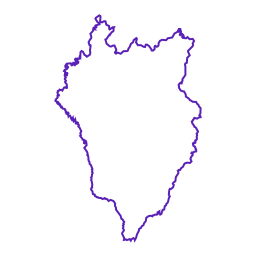 outline of João Pinheiro, Minas Gerais, Brazil
{"feature_id": "56859067B28201931947833", "entity_name": "João Pinheiro", "entity_type": "district", "adm_level": 2, "iso_a3": "BRA", "parent_name": "Brazil", "parent_adm1": "Minas Gerais", "projection": "equal_earth", "projection_center": [-45.971, -17.645], "detail": "fine", "context": "isolated", "style": "outline", "palette": "violet", "viewbox_px": 256, "rotation_deg": 0, "n_neighbors": 0, "source": "geoboundaries", "source_scale": "gbopen_adm2", "svg_char_len": 5669}
<svg xmlns="http://www.w3.org/2000/svg" viewBox="0 0 256 256"><path d="M99.3,15.4L95.9,17.8L95.4,18.8L97.7,22.3L99.6,23.5L99.6,24.3L95.7,25.4L95.3,25.9L96.4,26.7L96.4,27.3L95.7,27.8L93.6,27.7L93.4,28.1L94.7,29.4L93.2,29.3L92.9,31.0L90.4,33.8L91.3,36.7L91.2,38.1L89.7,40.1L88.6,42.4L89.5,45.1L90.5,45.2L90.6,45.7L90.0,50.2L90.3,53.2L89.8,54.7L86.8,56.7L85.4,55.2L84.5,54.9L83.0,51.8L81.5,51.0L80.5,52.2L80.3,57.7L79.7,57.1L79.5,58.6L79.0,58.9L76.4,58.7L76.8,59.9L78.4,61.9L78.1,62.9L76.6,62.8L76.6,62.3L77.5,61.8L77.2,61.2L76.7,61.2L75.9,62.7L76.5,64.0L75.4,64.4L74.8,65.2L74.0,64.4L74.0,62.8L73.2,62.8L73.0,64.6L71.9,65.4L71.4,65.1L71.1,63.5L70.8,63.3L66.7,63.7L65.3,65.7L65.3,66.9L65.6,67.2L65.8,65.8L66.8,65.2L66.9,66.0L68.1,66.9L68.0,67.5L66.8,69.1L64.7,69.8L64.0,71.0L65.2,71.5L65.0,73.8L65.5,73.6L65.7,72.9L67.2,73.0L67.4,73.4L66.9,75.3L65.0,74.8L64.7,75.1L64.7,75.7L65.8,77.6L64.9,78.4L64.8,79.1L66.0,80.8L65.1,81.7L65.1,82.3L66.7,84.2L67.0,87.5L66.8,88.0L66.0,87.9L65.2,87.2L64.1,87.6L62.3,90.6L61.4,89.8L60.0,90.1L59.5,89.7L58.8,90.8L57.9,91.0L58.0,91.7L57.4,92.4L58.0,94.3L58.7,94.7L58.9,95.3L57.7,95.2L57.4,95.6L57.7,97.5L56.5,98.6L55.4,100.3L55.5,101.0L57.3,101.7L56.9,102.5L57.2,103.0L57.7,102.1L58.2,102.3L58.0,103.6L58.3,103.9L58.7,103.2L59.6,103.9L59.7,104.8L60.2,104.8L60.2,105.9L60.9,106.2L61.0,107.4L61.5,107.6L62.0,107.1L62.7,108.6L64.6,108.9L65.3,109.5L65.2,110.3L65.6,110.7L65.8,112.3L66.6,112.1L67.0,112.9L68.3,112.7L68.5,113.2L67.1,114.0L68.0,114.4L68.5,116.4L69.1,115.6L70.0,115.6L71.0,117.6L70.9,118.2L72.0,120.0L73.0,119.4L72.3,118.3L72.7,117.8L72.7,118.4L73.5,118.8L73.8,120.1L73.5,121.1L73.7,121.6L74.9,120.9L75.3,120.0L75.5,121.3L76.0,122.0L75.8,123.5L76.2,123.6L77.2,122.4L77.9,122.7L77.7,124.0L78.7,124.6L78.9,125.2L78.3,126.0L78.3,126.5L79.4,127.3L81.3,131.3L80.3,133.2L80.9,135.2L80.1,135.9L82.3,138.7L82.6,139.7L83.9,139.8L85.4,140.8L84.1,141.4L84.0,143.1L84.6,143.4L85.1,143.0L85.7,141.9L86.3,142.3L86.6,145.2L84.3,147.9L87.1,151.9L87.6,153.7L87.3,154.9L87.8,155.0L88.0,155.5L88.5,158.3L88.4,159.4L88.8,161.1L89.5,162.0L89.6,163.8L90.8,164.9L92.4,168.9L91.9,169.5L92.4,170.5L92.0,172.0L92.7,172.9L92.0,174.5L91.8,176.7L91.1,177.5L91.4,177.9L91.5,179.3L91.1,180.0L91.9,181.9L92.3,185.0L92.0,186.1L92.2,187.5L91.3,188.1L91.1,189.5L92.4,191.3L93.0,194.1L94.7,194.6L94.6,195.1L95.1,196.2L96.1,196.5L96.7,197.2L97.6,197.1L98.4,197.8L101.3,198.1L102.5,199.1L104.7,198.1L105.2,198.9L106.6,198.9L107.4,199.4L108.5,201.0L110.6,199.9L113.4,201.0L115.1,203.4L115.0,205.8L116.0,207.9L116.0,209.6L120.6,215.8L121.4,218.8L122.7,219.5L123.3,220.9L124.2,221.8L124.1,222.5L123.3,223.5L123.8,224.4L122.9,225.4L123.5,226.8L122.9,228.1L123.9,229.9L123.9,230.5L122.3,232.7L122.1,233.7L124.2,238.1L123.9,239.9L125.9,239.4L126.8,240.1L129.7,239.1L130.8,240.6L131.4,239.3L133.4,238.1L134.5,238.9L134.8,240.1L136.1,237.7L137.0,234.4L138.9,230.7L139.0,229.3L139.3,228.7L140.9,228.0L141.7,226.3L143.5,225.1L144.0,223.3L145.7,221.3L146.3,217.8L148.4,216.2L150.7,215.7L152.3,216.3L152.8,215.4L154.0,215.3L154.9,214.6L156.8,214.7L157.8,213.9L157.4,213.5L157.6,212.3L159.3,211.3L159.2,212.4L160.2,214.6L161.5,213.8L161.7,212.2L162.3,211.4L162.4,210.3L162.8,209.8L164.2,209.5L164.8,206.1L166.0,205.3L166.5,203.7L167.4,203.0L168.1,201.5L169.0,197.6L169.8,196.4L168.8,194.8L169.3,190.0L169.9,188.8L171.2,188.9L173.1,187.2L173.8,184.9L172.8,183.7L173.4,182.5L175.3,181.3L175.9,177.0L178.3,173.3L178.4,171.9L177.8,170.8L178.8,169.9L180.2,169.9L181.0,168.3L183.1,166.6L184.1,164.3L184.9,163.4L187.0,162.7L190.0,162.9L191.5,161.4L190.4,158.9L191.6,156.2L192.5,155.5L192.7,154.3L192.4,153.7L191.4,153.3L191.6,152.7L191.9,152.4L193.4,152.5L194.1,151.8L196.2,151.4L196.2,149.7L195.5,149.0L195.7,148.3L195.1,147.6L194.8,146.5L193.6,146.0L193.2,145.2L192.9,143.5L193.5,142.8L194.5,143.2L195.3,142.8L195.5,141.6L195.1,141.1L195.3,140.4L196.3,140.0L196.9,139.1L196.7,136.5L197.2,135.1L196.6,133.7L197.8,132.1L198.0,131.4L196.6,129.2L196.5,128.5L195.5,127.3L194.3,126.7L193.9,125.4L192.5,123.7L191.8,121.5L192.4,121.2L193.1,119.7L193.5,119.6L194.3,117.9L197.0,118.6L199.3,117.3L200.6,117.2L200.5,116.3L199.4,115.3L200.4,113.4L200.6,108.1L199.1,106.6L198.3,104.7L197.0,103.7L196.1,101.9L192.7,101.8L190.8,100.4L190.0,100.3L188.9,98.6L185.9,96.6L185.7,94.4L184.0,91.4L183.1,91.4L180.7,90.5L178.9,87.7L179.1,86.6L178.6,85.0L179.7,83.3L181.7,83.4L181.8,83.0L181.0,82.6L182.5,80.8L182.5,79.1L185.4,75.0L185.4,66.6L185.0,64.4L185.4,63.4L186.8,62.8L187.2,57.9L189.7,55.3L188.0,51.6L188.1,50.8L192.6,46.3L193.1,44.9L192.7,43.3L194.1,41.0L192.7,38.9L189.6,39.2L187.5,37.1L186.0,38.3L182.7,37.8L182.1,36.9L182.3,36.5L183.7,36.3L183.5,35.3L182.2,34.0L180.2,35.2L179.8,34.8L180.9,32.9L181.0,31.3L180.7,30.8L179.8,30.6L179.0,31.8L178.7,31.4L178.8,30.7L180.4,29.5L180.3,29.0L178.9,29.0L177.5,31.8L174.5,33.5L172.2,37.5L167.8,38.3L166.1,40.2L162.0,39.8L159.9,40.9L158.6,43.1L158.6,45.1L158.0,46.2L156.7,46.8L155.3,45.8L154.8,46.1L154.5,47.2L154.7,49.0L153.0,50.6L151.7,50.5L151.4,49.4L149.0,46.0L147.1,44.7L145.8,44.7L145.0,47.0L143.6,46.8L141.0,45.2L137.9,45.2L136.0,42.3L136.8,39.1L136.7,38.4L136.3,38.1L133.7,40.1L133.0,42.3L131.0,43.8L129.5,47.3L128.5,48.5L127.8,50.7L127.0,51.1L123.6,51.1L120.8,53.7L117.3,52.6L116.3,53.5L115.7,53.5L115.0,52.7L115.0,52.2L116.0,51.0L116.3,49.7L114.5,45.5L113.0,45.6L111.2,46.5L109.8,46.3L106.6,43.7L105.4,39.5L106.5,39.0L108.8,35.5L109.7,35.3L109.7,34.3L110.5,33.9L111.6,32.3L113.3,31.2L113.6,30.3L113.4,28.7L114.1,27.2L112.6,27.3L109.7,29.5L109.3,29.2L109.1,26.0L106.4,24.8L105.4,21.3L104.1,21.2L102.0,22.4L100.1,21.7L100.5,16.6L100.2,15.9L99.3,15.4ZM76.4,58.7L75.4,58.8L75.0,59.5L75.3,60.1L76.4,58.7Z" fill="none" stroke="#5b21b6" stroke-width="2"/></svg>